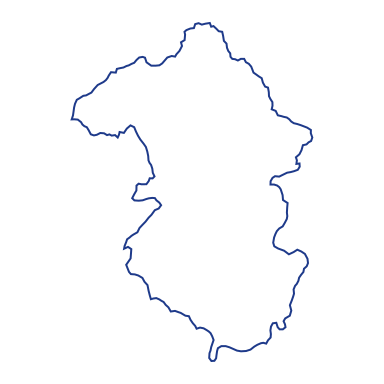 outline of Cajuru, São Paulo, Brazil
{"feature_id": "56859067B13120232397844", "entity_name": "Cajuru", "entity_type": "district", "adm_level": 2, "iso_a3": "BRA", "parent_name": "Brazil", "parent_adm1": "São Paulo", "projection": "robinson", "projection_center": [-47.318, -21.282], "detail": "fine", "context": "isolated", "style": "outline", "palette": "blue", "viewbox_px": 384, "rotation_deg": 0, "n_neighbors": 0, "source": "geoboundaries", "source_scale": "gbopen_adm2", "svg_char_len": 3814}
<svg xmlns="http://www.w3.org/2000/svg" viewBox="0 0 384 384"><path d="M71.7,119.4L74.2,119.3L77.8,119.6L81.1,122.2L82.4,124.5L84.4,126.2L86.8,127.2L88.7,130.3L90.8,134.3L93.9,135.4L96.8,134.8L100.3,133.0L104.1,133.3L107.0,135.1L109.4,134.4L111.7,135.6L115.1,135.1L117.7,137.5L119.0,134.7L119.6,132.0L123.9,132.9L126.8,128.6L130.5,125.4L134.2,127.2L135.9,131.4L138.0,135.7L140.3,139.5L143.6,143.7L145.9,147.0L147.3,151.6L148.2,156.0L148.5,160.4L149.5,162.8L151.1,165.0L152.3,168.7L152.8,172.8L154.5,176.4L152.6,178.4L149.7,178.3L148.7,181.1L146.4,184.2L141.6,184.3L138.6,183.7L136.5,185.6L136.4,190.5L134.2,194.3L132.2,198.2L134.4,200.4L138.7,200.7L142.7,200.3L146.4,199.0L148.9,198.3L152.3,197.9L154.9,198.1L156.4,200.3L159.3,202.6L161.1,205.2L158.7,208.5L154.8,210.2L151.4,214.9L148.6,217.7L145.5,221.7L142.4,224.9L139.5,228.0L137.4,232.3L133.5,234.5L131.4,235.9L129.6,237.5L127.1,239.3L126.1,242.3L124.6,246.0L124.1,248.7L128.0,246.9L131.3,249.1L130.9,254.6L130.6,258.4L128.4,261.6L126.2,264.8L129.0,271.9L130.9,274.1L134.8,274.4L138.3,275.5L142.4,277.9L144.5,281.8L147.5,285.1L148.6,290.8L149.9,295.8L150.9,299.2L153.4,298.5L156.3,298.1L159.3,299.4L161.4,300.8L163.6,302.0L165.7,304.9L168.4,307.3L170.8,311.5L175.0,310.9L178.3,312.1L180.7,312.9L185.4,315.7L188.9,316.2L190.5,319.8L192.8,323.2L195.2,325.9L196.6,328.7L200.0,327.6L203.6,328.3L206.5,330.0L208.8,331.5L210.6,333.2L212.2,336.3L213.6,340.0L211.2,347.1L210.5,350.6L209.5,353.2L209.2,358.0L211.4,361.0L214.4,360.8L216.1,358.3L216.5,355.1L217.1,351.0L217.9,348.2L221.4,346.1L225.6,346.1L229.5,347.3L237.0,350.6L241.0,351.3L246.1,351.0L250.5,349.6L254.3,346.6L257.3,344.8L261.0,343.2L263.3,342.8L266.2,343.6L268.0,340.3L270.6,337.5L270.9,334.1L270.4,330.4L271.0,326.6L272.8,323.3L276.3,322.8L277.7,327.2L279.6,329.3L282.9,329.3L285.5,327.2L285.0,324.3L283.6,321.2L285.2,318.4L289.8,315.7L291.3,310.6L289.9,305.2L291.8,300.4L293.2,296.4L294.0,293.7L293.6,289.4L295.1,285.8L296.8,283.9L298.4,280.8L299.1,277.7L301.1,274.8L303.4,272.0L304.0,268.7L306.7,266.3L308.0,263.1L307.5,258.8L304.9,253.9L301.3,251.5L297.3,249.7L293.6,252.1L288.9,254.3L284.1,250.7L278.1,248.5L274.3,246.3L273.2,242.7L274.1,237.5L275.4,234.1L276.8,231.2L279.2,228.5L282.7,226.4L284.7,223.0L286.8,219.0L287.3,216.1L286.9,212.6L287.2,207.4L287.6,203.0L285.1,201.4L283.0,200.0L282.6,195.1L280.7,189.3L279.2,187.1L277.1,185.5L273.9,184.5L270.5,184.5L270.6,181.2L272.5,177.9L275.0,176.2L279.2,176.6L281.8,175.3L287.1,172.7L290.6,172.1L294.0,171.2L297.8,169.8L299.7,166.7L299.5,163.5L296.4,163.9L296.9,160.3L295.9,157.3L299.4,154.3L301.5,150.2L302.9,145.2L306.5,144.4L308.6,142.3L311.1,141.0L312.3,137.5L310.8,133.2L310.9,130.0L307.1,127.6L300.6,125.1L297.2,124.0L293.8,123.2L291.2,121.5L289.2,119.2L286.8,117.5L283.6,116.8L281.3,116.1L277.8,115.3L275.7,110.9L271.7,109.3L272.5,105.8L272.4,102.1L270.4,99.0L269.0,96.2L268.8,92.1L268.0,87.6L265.1,86.6L262.9,82.6L261.7,78.2L258.8,76.4L256.2,74.5L253.5,72.6L252.3,69.4L251.2,66.6L248.8,63.8L245.9,62.2L244.2,58.9L240.8,58.9L237.9,60.5L235.0,59.2L232.3,58.9L230.5,56.8L230.2,53.3L228.3,51.0L227.0,47.8L226.5,43.6L223.9,40.9L223.1,35.8L222.2,31.8L218.7,31.2L216.4,28.8L213.5,26.1L211.2,26.7L209.8,23.0L205.4,23.7L201.8,24.6L198.6,23.2L195.2,24.1L193.9,28.1L190.4,28.5L186.4,30.1L184.5,31.8L185.1,34.6L184.6,40.1L181.0,42.3L182.0,46.0L180.6,48.7L179.4,51.0L176.4,54.3L175.1,56.6L171.7,56.0L167.3,57.5L162.2,63.4L159.4,65.3L155.4,65.7L151.3,65.7L146.5,62.3L145.0,57.7L142.7,56.9L139.2,57.5L136.5,60.0L134.2,62.8L131.5,63.9L128.7,65.4L126.5,66.0L123.5,67.5L119.9,68.2L116.9,68.9L115.8,72.6L111.0,72.2L108.8,75.5L107.6,77.9L105.9,80.1L103.5,82.0L100.6,83.5L97.7,85.0L94.0,89.1L91.4,92.6L88.7,94.0L86.1,95.4L83.3,95.8L79.3,98.4L76.8,99.8L75.0,103.8L74.1,107.5L73.6,111.2L73.0,115.4L71.7,119.4Z" fill="none" stroke="#1e3a8a" stroke-width="2"/></svg>